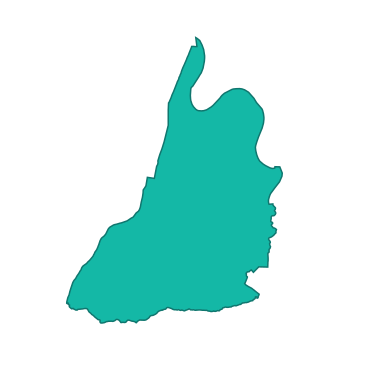 outline of Gardani, Maramures, Romania, rotated 285°
{"feature_id": "2599482B85171086128342", "entity_name": "Gardani", "entity_type": "district", "adm_level": 2, "iso_a3": "ROU", "parent_name": "Romania", "parent_adm1": "Maramures", "projection": "robinson", "projection_center": [23.284, 47.559], "detail": "fine", "context": "isolated", "style": "filled", "palette": "teal", "viewbox_px": 384, "rotation_deg": 285, "n_neighbors": 0, "source": "geoboundaries", "source_scale": "gbopen_adm2", "svg_char_len": 5914}
<svg xmlns="http://www.w3.org/2000/svg" viewBox="0 0 384 384"><g transform="rotate(285 192 192)"><path d="M239.0,270.3L237.9,265.6L236.5,265.7L235.9,264.6L235.5,263.3L235.5,261.0L236.5,256.3L237.3,253.7L239.3,249.5L240.5,248.2L241.9,246.9L244.7,244.9L248.2,243.0L251.4,241.7L253.4,241.5L257.3,241.6L262.6,242.0L271.9,243.2L277.1,243.2L281.0,242.6L282.8,242.1L286.0,240.8L289.2,239.0L290.4,238.0L295.1,231.1L298.5,227.6L303.0,220.8L304.3,216.4L304.5,213.6L304.2,211.3L303.3,208.3L302.2,205.3L301.4,204.0L295.8,197.8L293.3,196.1L291.7,195.3L290.0,194.7L281.2,190.0L279.2,188.6L275.2,184.9L273.6,182.3L272.8,180.2L272.2,177.0L272.3,175.9L272.9,174.2L274.7,171.4L276.7,169.3L280.1,167.1L281.9,166.4L284.9,165.4L291.5,164.1L292.9,164.3L294.3,165.3L304.6,168.6L307.5,169.4L309.5,170.1L314.5,170.6L321.5,170.1L324.7,169.5L326.9,168.9L332.6,166.4L336.5,163.7L340.3,160.3L341.6,157.4L342.1,155.7L333.8,159.1L333.2,157.3L333.1,156.1L332.8,155.0L332.5,154.0L331.4,154.0L325.7,153.3L322.5,153.0L322.1,152.8L319.9,152.5L318.5,152.4L313.1,151.6L309.6,151.0L305.9,150.6L303.6,150.6L302.5,150.3L300.5,150.2L299.5,149.8L298.2,149.9L296.8,149.8L294.7,149.3L293.1,149.2L284.2,148.2L280.7,147.6L277.8,147.4L272.4,146.6L272.0,146.3L271.1,146.5L265.2,147.8L250.2,151.8L233.0,152.1L226.0,151.8L222.9,151.5L219.8,151.2L213.5,151.0L213.2,151.0L212.7,151.2L211.5,151.6L209.9,151.7L209.2,151.6L207.7,151.2L195.4,152.1L194.6,145.1L186.3,145.9L185.6,145.8L183.4,145.1L181.6,144.4L181.1,144.4L178.4,145.0L174.0,145.5L169.1,145.6L164.1,146.0L162.5,145.9L161.0,145.7L159.5,145.2L157.7,143.8L157.1,143.4L154.3,142.4L152.5,141.6L152.2,141.4L151.0,140.0L147.4,136.9L147.1,136.5L143.9,131.8L143.3,130.6L141.5,127.7L140.3,125.4L139.7,124.6L136.7,121.7L135.2,120.9L134.2,120.6L129.1,119.6L126.7,118.5L124.7,117.0L123.5,116.3L123.1,116.3L121.6,115.9L120.8,115.8L117.5,115.6L117.2,115.7L116.6,115.5L114.4,115.3L111.8,114.9L110.3,114.4L108.8,113.8L107.0,113.6L105.7,113.2L104.6,113.1L103.4,112.6L99.5,110.8L97.3,109.4L95.7,108.7L92.5,106.0L91.2,105.4L89.8,105.0L88.2,105.0L87.1,104.5L84.0,103.7L81.0,102.6L78.3,102.0L76.3,101.0L75.0,100.6L73.6,100.3L67.3,99.9L64.0,99.8L60.7,99.9L59.1,99.6L57.6,99.4L53.7,99.5L52.3,99.7L52.0,99.9L51.9,100.4L52.1,100.8L52.6,101.0L52.5,101.4L51.9,101.4L51.6,101.5L51.3,101.9L51.0,103.0L49.9,103.0L49.3,103.4L49.0,103.9L48.1,105.7L48.0,106.1L48.1,106.4L48.7,107.0L48.8,107.3L48.3,108.2L48.2,109.2L47.9,110.1L48.2,111.5L48.4,111.8L48.9,111.9L49.1,112.2L50.8,116.7L51.7,118.5L52.1,120.0L52.0,120.6L51.9,121.2L51.6,121.6L50.1,123.0L49.4,123.8L48.7,125.5L47.7,127.0L47.5,127.9L46.9,129.2L46.2,130.3L44.4,134.4L44.4,134.7L44.6,135.4L44.5,136.0L44.4,136.3L44.1,136.5L43.3,136.6L42.8,136.7L42.2,137.2L41.9,137.7L42.1,138.8L42.5,139.8L43.0,140.9L43.4,141.5L44.7,143.0L45.1,144.1L45.6,144.9L45.8,145.8L46.4,147.7L46.5,148.8L46.7,149.3L47.7,150.7L49.1,151.7L49.5,152.3L49.6,153.7L49.3,154.7L48.6,155.8L47.6,157.0L47.5,157.3L48.0,158.2L48.2,159.0L48.4,159.7L48.5,160.6L48.9,161.5L49.6,162.1L50.9,162.6L51.3,162.9L51.5,163.1L51.9,164.2L51.9,164.7L51.7,167.4L51.9,168.8L51.9,170.3L51.3,171.7L51.3,172.0L51.6,172.3L52.0,172.3L53.0,172.8L54.5,174.2L54.8,174.6L55.6,178.2L56.0,179.6L56.2,180.0L56.8,180.9L59.1,182.8L60.1,183.3L60.8,183.4L61.5,183.9L61.9,184.3L62.2,184.9L62.8,186.3L63.6,187.3L64.6,188.4L65.8,189.4L67.0,189.8L68.4,190.9L69.6,192.5L70.3,193.7L70.1,193.8L70.6,194.6L71.1,194.9L71.4,195.3L71.7,196.2L72.1,196.9L73.6,197.5L74.1,198.2L74.3,199.2L74.3,199.9L74.1,202.4L73.7,204.1L73.7,205.3L73.9,206.3L74.3,207.1L74.1,208.1L74.9,209.4L74.7,210.8L74.7,211.6L74.9,212.1L75.4,212.7L75.4,212.9L75.2,214.7L75.2,215.3L75.5,215.9L76.1,216.4L76.2,216.7L77.5,218.5L78.3,219.4L78.3,219.9L77.8,221.3L78.1,222.2L78.1,222.8L78.6,223.7L78.6,225.7L78.9,226.5L79.0,226.9L79.3,227.2L79.4,228.1L79.7,228.6L79.8,229.2L80.2,230.3L80.2,230.8L80.4,231.9L80.5,232.8L80.7,233.5L80.9,234.1L81.0,235.0L81.5,236.9L81.5,237.3L81.2,238.1L81.5,240.3L81.4,240.9L81.6,241.9L82.3,243.4L82.7,243.8L82.6,244.8L82.8,245.6L83.1,246.1L84.1,247.5L84.2,248.8L84.5,249.3L85.3,249.6L85.7,249.8L86.5,251.2L87.1,251.5L87.9,251.7L88.2,252.0L88.6,252.8L89.5,254.0L89.6,254.4L89.6,255.4L89.9,256.6L90.7,258.3L91.1,259.6L91.8,260.1L93.0,262.0L93.5,263.0L93.4,263.9L95.2,266.5L95.8,267.2L96.0,268.1L97.8,269.4L98.2,270.4L98.3,270.9L98.8,271.6L99.3,273.3L100.3,275.0L101.9,276.8L102.6,278.4L102.8,278.8L103.8,279.0L104.1,279.3L104.2,279.6L104.7,279.8L104.9,280.1L105.2,280.4L106.1,280.6L106.9,280.4L107.3,280.8L107.2,281.1L107.3,281.5L107.1,282.0L107.0,282.3L106.4,282.3L106.5,282.8L107.1,283.2L107.7,282.9L109.0,283.2L110.1,283.3L110.6,283.3L114.5,274.4L115.3,270.8L116.2,268.0L117.2,266.6L117.4,266.7L119.2,267.0L123.5,267.5L124.1,267.5L124.4,267.4L124.6,266.7L125.0,266.3L126.5,265.8L127.3,265.3L127.6,265.3L128.1,265.7L129.2,266.1L129.5,266.8L129.6,267.5L129.9,267.9L131.4,268.7L132.0,269.6L130.3,272.1L137.0,275.9L139.1,284.6L144.6,283.3L144.9,283.4L147.9,282.6L152.1,281.2L152.6,281.2L153.4,281.8L154.0,282.0L156.5,281.3L157.7,281.9L159.3,282.0L159.7,281.9L160.5,281.1L162.1,280.3L162.6,280.3L163.2,280.7L163.9,280.6L164.7,280.0L165.5,278.9L166.2,278.2L166.8,278.1L167.3,278.2L167.8,278.5L168.2,279.0L168.5,279.6L169.3,280.5L171.2,282.0L172.5,282.7L173.1,282.9L174.1,283.6L174.6,283.6L175.8,283.2L177.6,283.3L178.1,282.3L178.4,281.4L178.5,280.7L178.4,279.9L178.5,279.5L179.0,279.0L180.0,277.5L180.4,277.3L180.9,277.2L181.3,277.3L182.2,278.0L182.9,278.0L183.5,277.3L183.6,276.5L183.7,276.0L184.0,275.7L184.8,275.5L186.7,275.4L188.0,275.0L188.6,275.0L189.4,275.3L189.9,275.8L190.3,277.2L190.7,277.6L191.8,278.2L192.3,278.3L193.0,278.4L193.6,278.2L194.2,277.8L195.0,276.7L195.4,276.5L196.6,276.9L197.1,276.9L198.1,276.8L198.5,276.4L199.7,274.4L200.5,273.5L201.4,273.2L200.1,269.6L200.8,269.1L202.3,268.4L204.2,267.9L207.1,267.9L209.6,268.1L211.0,268.4L217.4,270.9L224.5,273.9L230.5,274.8L233.6,274.3L239.0,270.3Z" fill="#14b8a6" stroke="#0f766e" stroke-width="1.5"/></g></svg>